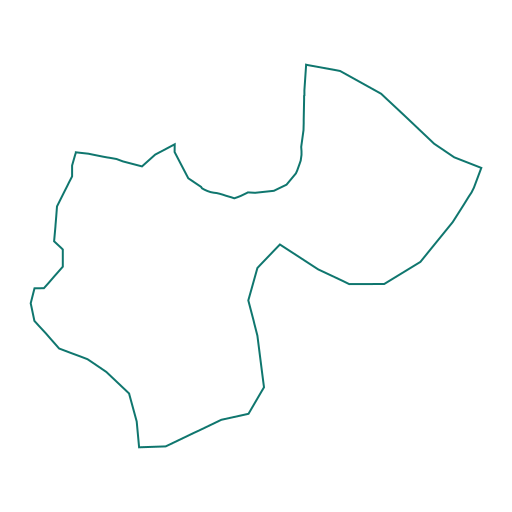 outline of Khawlan, Sana'a, Yemen
{"feature_id": "15242507B89574765646204", "entity_name": "Khawlan", "entity_type": "district", "adm_level": 2, "iso_a3": "YEM", "parent_name": "Yemen", "parent_adm1": "Sana'a", "projection": "natural_earth1", "projection_center": [44.722, 15.275], "detail": "fine", "context": "isolated", "style": "outline", "palette": "teal", "viewbox_px": 512, "rotation_deg": 0, "n_neighbors": 0, "source": "geoboundaries", "source_scale": "gbopen_adm2", "svg_char_len": 1804}
<svg xmlns="http://www.w3.org/2000/svg" viewBox="0 0 512 512"><path d="M129.2,394.0L136.7,421.5L139.1,447.3L165.7,446.4L165.9,446.3L193.4,433.1L198.2,430.9L221.3,419.8L248.5,413.8L261.5,391.5L264.0,387.3L262.4,375.0L259.8,354.6L257.4,335.7L254.7,325.1L254.5,324.4L253.6,320.6L248.3,300.4L251.8,288.0L257.4,268.0L260.2,265.0L274.4,250.2L279.9,244.5L310.2,264.2L318.2,269.4L342.9,281.0L349.2,284.1L384.2,284.0L391.9,279.3L420.4,261.9L428.8,251.5L452.7,222.1L459.7,211.1L463.7,204.8L468.9,196.4L471.5,192.5L473.9,187.7L481.3,167.9L454.2,157.3L434.1,143.7L405.0,116.1L386.8,99.1L381.2,93.8L340.1,71.0L336.6,70.3L307.9,65.1L306.1,64.7L306.1,65.2L304.4,90.3L304.4,95.5L304.1,95.8L304.1,99.7L303.7,119.8L303.7,123.1L303.5,130.2L301.2,146.9L301.5,151.2L301.5,154.9L300.7,160.6L299.6,163.8L297.2,170.5L295.9,173.4L286.5,184.7L278.6,188.5L273.9,190.8L255.1,192.8L247.9,192.4L246.8,193.0L243.9,194.4L240.8,195.9L237.5,197.2L234.3,198.3L231.9,197.5L231.7,197.4L228.9,196.6L225.8,195.7L222.9,194.7L219.8,193.8L217.3,193.2L217.0,193.1L213.7,192.7L210.6,192.1L207.4,191.0L204.5,189.7L202.0,188.3L201.1,186.9L188.3,178.3L180.2,162.8L174.6,152.0L174.7,144.3L155.2,154.6L142.0,166.4L122.9,161.4L116.5,159.0L109.7,157.8L109.1,157.7L107.6,157.5L104.3,156.9L102.7,156.6L93.7,154.8L88.4,153.7L79.2,152.7L75.9,152.3L75.9,152.6L75.1,155.0L73.3,161.3L72.1,165.5L72.1,176.3L71.7,177.2L69.0,182.4L67.3,185.9L64.4,191.6L57.0,206.4L56.2,216.9L55.5,225.3L55.4,226.9L54.1,241.3L61.3,248.0L62.8,249.5L62.8,251.3L62.8,255.9L62.8,260.4L62.8,266.7L56.9,273.4L54.5,276.1L48.3,283.3L43.9,288.2L34.5,288.3L30.7,303.3L31.6,307.5L34.4,320.9L39.2,326.2L45.9,333.4L50.4,338.6L59.1,348.5L70.7,352.9L80.2,356.4L87.5,359.2L90.8,361.4L106.4,372.0L127.4,391.9L129.1,393.5L129.2,393.8L129.2,394.0Z" fill="none" stroke="#0f766e" stroke-width="2"/></svg>